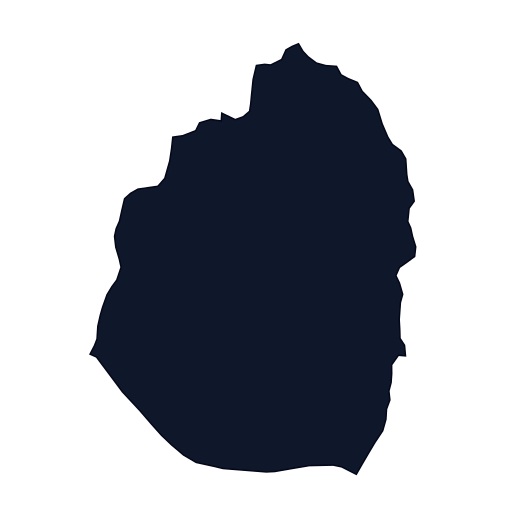 outline of Mira Estrela, São Paulo, Brazil, rotated 184°
{"feature_id": "56859067B40110594007998", "entity_name": "Mira Estrela", "entity_type": "district", "adm_level": 2, "iso_a3": "BRA", "parent_name": "Brazil", "parent_adm1": "São Paulo", "projection": "robinson", "projection_center": [-50.128, -19.961], "detail": "fine", "context": "isolated", "style": "filled", "palette": "ink", "viewbox_px": 512, "rotation_deg": 184, "n_neighbors": 0, "source": "geoboundaries", "source_scale": "gbopen_adm2", "svg_char_len": 1491}
<svg xmlns="http://www.w3.org/2000/svg" viewBox="0 0 512 512"><g transform="rotate(184 256 256)"><path d="M140.7,45.2L135.5,56.0L129.8,67.5L124.4,78.2L117.4,90.5L115.0,102.1L115.1,112.4L112.4,121.7L114.0,130.6L112.4,139.1L112.4,148.0L113.1,156.9L107.0,166.9L99.9,166.8L101.6,177.3L106.6,183.9L107.4,192.3L108.7,202.6L108.7,219.6L107.0,228.0L111.0,239.0L115.1,246.2L112.1,254.6L105.0,260.4L97.7,266.6L97.3,276.3L101.3,286.7L103.6,294.7L107.0,301.0L106.6,314.3L102.0,321.7L104.4,332.9L109.7,340.9L111.3,347.9L113.4,363.3L118.5,370.9L127.8,376.8L132.8,383.8L139.4,396.7L144.8,410.7L152.1,419.2L161.6,427.7L166.9,436.2L176.8,439.5L183.8,442.7L188.9,450.8L199.6,450.8L209.2,452.7L218.0,458.4L223.4,463.4L228.4,470.7L234.4,467.7L240.4,463.8L244.1,453.8L254.7,447.6L260.8,447.8L268.9,446.1L271.2,431.9L271.7,416.1L271.9,407.5L272.5,399.9L278.5,394.0L286.2,390.6L300.1,396.1L300.1,388.3L310.6,389.1L321.6,384.9L324.9,376.8L337.4,370.9L347.3,368.8L347.7,357.6L348.7,344.8L352.4,327.1L358.8,318.7L378.4,314.5L385.5,309.8L391.1,304.0L392.9,292.9L394.6,281.3L397.4,273.5L398.5,265.8L396.5,255.0L392.2,243.5L389.8,235.4L393.2,222.3L397.6,215.4L401.9,207.0L405.5,194.1L407.2,186.1L408.9,175.0L408.8,162.1L410.9,155.3L414.7,146.5L408.1,144.1L389.5,122.5L379.7,111.1L361.4,94.0L348.4,80.9L337.7,70.5L326.7,61.4L321.7,57.8L314.4,52.4L301.3,45.9L282.2,43.1L274.1,41.7L230.7,41.3L222.3,42.3L204.5,46.7L188.3,50.6L164.4,52.8L155.8,51.6L140.7,45.2Z" fill="#0f172a" stroke="#020617" stroke-width="1.5"/></g></svg>